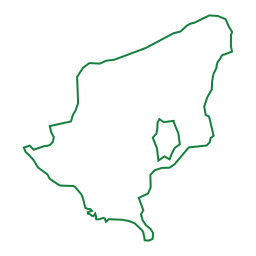 outline of Somogy
{"feature_id": "HUN-3157", "entity_name": "Somogy", "entity_type": "County", "adm_level": 1, "iso_a3": "HUN", "parent_name": "Hungary", "parent_adm1": "", "projection": "equal_earth", "projection_center": [17.569, 46.411], "detail": "fine", "context": "isolated", "style": "outline", "palette": "green", "viewbox_px": 256, "rotation_deg": 0, "n_neighbors": 0, "source": "natural_earth", "source_scale": "10m", "svg_char_len": 1721}
<svg xmlns="http://www.w3.org/2000/svg" viewBox="0 0 256 256"><path d="M93.5,216.1L91.9,215.8L90.3,214.5L90.1,214.3L87.8,213.6L87.8,212.2L88.8,211.9L90.8,211.1L91.9,210.9L90.5,209.2L88.0,208.9L85.5,208.0L84.5,204.7L84.1,202.6L82.2,196.2L81.3,194.3L75.1,187.0L73.3,186.0L60.7,185.6L58.3,184.6L50.8,179.5L49.0,177.8L48.2,175.6L47.0,174.1L38.7,168.0L37.2,166.2L33.4,159.8L27.6,153.7L26.5,152.8L25.4,151.6L23.9,147.6L29.8,145.6L33.7,149.7L44.7,146.0L47.3,145.8L50.0,145.0L52.9,141.7L53.8,137.2L51.1,132.0L49.8,126.1L53.4,125.3L71.0,121.4L72.9,114.9L75.6,110.4L78.1,103.2L77.1,76.8L83.1,67.7L89.4,63.1L99.8,63.6L106.1,60.7L114.1,59.8L145.7,48.0L173.6,33.2L180.6,31.5L186.7,25.8L190.3,23.7L194.4,22.7L209.3,15.4L217.7,16.0L225.5,19.1L229.0,26.9L232.1,32.0L231.7,33.3L231.0,34.6L230.9,46.0L232.0,51.6L224.9,54.4L223.1,54.6L221.7,55.7L220.0,59.0L217.8,61.8L216.8,64.6L216.4,68.0L213.4,74.1L212.1,81.5L211.8,89.4L207.2,97.4L204.2,106.7L205.7,114.9L209.1,116.6L213.6,135.7L210.6,138.0L209.6,142.4L206.6,145.5L188.8,147.4L174.5,164.3L169.6,167.7L162.0,167.9L154.8,170.2L150.3,174.9L150.7,187.3L148.0,193.6L138.8,197.9L143.3,210.3L140.9,214.3L142.7,220.4L146.0,225.3L150.5,228.9L153.1,233.0L152.6,238.9L148.9,240.6L144.7,240.3L144.5,239.3L144.3,237.0L143.5,233.9L143.3,232.3L142.1,230.4L134.7,223.3L129.0,221.0L122.4,219.8L109.1,219.2L107.7,220.0L107.3,220.6L106.7,221.2L105.9,221.8L104.9,218.6L103.2,217.9L99.5,219.2L96.4,219.4L95.9,218.8L96.1,217.0L95.2,213.6L93.5,216.1ZM163.6,122.1L159.4,119.1L157.5,122.7L157.4,128.1L156.5,133.5L152.8,137.7L157.0,148.5L158.4,160.6L164.4,156.4L169.6,159.4L171.4,154.6L174.7,147.9L179.8,144.3L178.4,133.5L173.7,122.1L173.7,120.9L163.6,122.1Z" fill="none" stroke="#15803d" stroke-width="2"/></svg>